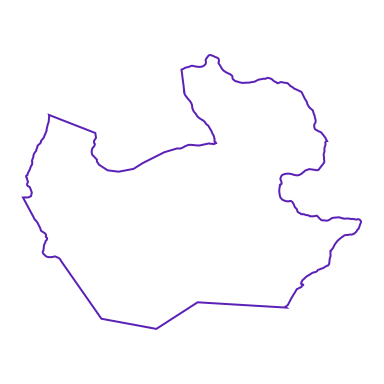 outline of Eau Piquant/St Urbain, Vieux Fort, Saint Lucia
{"feature_id": "8701671B56799057925384", "entity_name": "Eau Piquant/St Urbain", "entity_type": "district", "adm_level": 2, "iso_a3": "LCA", "parent_name": "Saint Lucia", "parent_adm1": "Vieux Fort", "projection": "orthographic", "projection_center": [-60.939, 13.762], "detail": "fine", "context": "isolated", "style": "outline", "palette": "violet", "viewbox_px": 384, "rotation_deg": 0, "n_neighbors": 0, "source": "geoboundaries", "source_scale": "gbopen_adm2", "svg_char_len": 5906}
<svg xmlns="http://www.w3.org/2000/svg" viewBox="0 0 384 384"><path d="M23.0,197.5L34.0,218.0L34.7,219.6L35.6,220.2L37.4,222.5L40.2,228.1L41.0,230.7L41.4,231.0L43.8,232.6L44.6,233.0L45.5,234.0L46.0,234.8L46.1,235.4L45.8,236.7L46.0,237.1L46.8,237.7L47.1,238.2L47.1,238.8L46.9,239.6L46.7,239.9L45.7,241.0L45.5,241.3L45.2,242.8L44.4,244.1L43.9,246.0L43.5,250.1L43.3,250.7L42.8,251.5L42.7,252.0L42.9,252.9L43.3,253.7L45.9,256.2L47.0,256.8L49.3,257.2L50.2,257.2L53.2,256.9L54.5,256.4L55.1,256.5L55.8,256.7L58.3,257.8L59.0,258.2L59.9,259.0L60.4,259.6L60.8,260.6L101.4,318.7L101.6,318.8L156.3,328.9L197.6,302.3L286.3,307.6L285.4,306.9L285.4,306.7L285.9,306.5L287.2,305.5L288.0,304.7L291.2,298.5L293.7,294.3L294.9,292.5L296.7,289.3L297.1,289.0L297.6,288.9L298.0,288.7L298.9,288.1L299.8,287.6L300.2,287.6L301.3,287.1L301.8,286.1L302.3,285.6L302.8,285.4L303.2,285.0L303.2,284.7L302.9,284.5L302.5,284.4L302.1,284.7L301.9,284.4L301.2,283.9L301.4,283.6L301.2,283.1L301.3,282.4L301.8,281.7L302.3,280.5L302.7,280.0L304.1,278.8L306.5,276.5L310.4,274.2L312.1,273.0L313.1,272.6L315.6,272.0L316.5,271.5L317.2,271.0L317.8,270.1L318.5,269.7L319.7,269.4L320.3,269.0L323.1,268.1L325.2,266.8L327.0,265.8L328.2,265.4L329.2,263.7L329.8,258.3L330.3,256.9L330.6,255.9L330.5,254.0L330.4,253.8L330.6,251.7L330.3,251.2L330.4,250.8L331.2,250.3L332.4,248.8L333.0,248.0L334.2,245.6L335.0,244.1L336.9,241.6L337.4,240.9L340.6,238.1L343.2,236.3L344.0,235.6L345.2,235.1L347.4,235.0L349.5,234.6L351.2,234.6L352.7,234.3L353.7,234.0L356.3,231.7L357.0,230.7L357.5,229.6L358.5,228.9L359.6,226.1L359.9,224.8L360.7,223.2L361.0,221.4L360.5,220.6L360.2,220.1L358.7,219.2L357.6,219.2L357.0,219.5L355.7,219.5L354.2,219.1L353.2,219.1L352.7,218.9L350.1,219.0L349.1,218.5L345.9,218.5L344.9,218.7L344.1,218.7L343.2,218.5L342.8,218.2L342.4,218.2L341.9,218.2L340.3,217.6L338.9,217.3L333.9,217.7L332.3,218.0L331.3,218.5L329.6,219.7L328.3,220.3L326.9,220.7L325.9,220.5L324.9,220.5L323.8,220.3L322.7,220.4L321.6,220.2L321.1,219.9L319.3,218.2L317.8,216.5L316.8,215.7L313.2,216.3L311.3,216.3L310.3,216.1L310.1,216.3L308.7,215.5L307.9,215.2L306.1,215.1L304.9,214.6L303.9,214.3L302.8,214.1L302.0,214.3L301.1,214.1L300.4,213.4L298.7,212.6L297.6,211.8L296.8,209.1L295.8,208.2L294.9,207.1L294.4,206.1L293.8,204.4L292.4,202.0L291.1,201.1L290.8,200.9L289.8,201.0L288.4,201.4L287.8,201.4L287.5,201.3L286.3,201.2L285.5,200.9L284.6,200.7L282.5,199.8L281.4,198.7L281.2,198.3L280.6,197.7L280.2,197.0L279.6,194.4L279.2,190.6L279.6,187.3L279.9,186.0L280.2,185.5L279.9,185.0L280.4,184.4L281.3,184.1L281.6,183.7L281.6,183.2L281.2,180.9L280.4,179.5L280.4,178.8L280.8,177.3L281.6,175.6L282.3,175.0L283.7,174.4L284.9,174.0L286.7,173.7L289.6,173.7L292.4,174.3L294.3,175.0L297.6,175.4L299.4,174.9L301.6,173.7L305.1,170.7L305.7,170.3L306.3,170.1L307.1,169.9L309.2,169.1L314.4,169.8L316.4,170.2L317.5,170.2L318.0,170.0L318.9,169.5L319.4,168.6L320.2,167.7L321.3,166.2L322.0,165.3L322.8,164.5L323.5,163.3L323.7,163.2L324.1,162.4L324.3,161.5L324.3,161.2L324.0,158.4L324.1,157.4L323.9,156.8L323.7,155.3L323.7,154.2L324.5,151.3L324.4,148.2L324.6,147.3L325.1,146.2L325.4,144.9L325.5,143.7L325.3,142.7L325.3,142.3L325.5,142.0L326.4,141.0L327.0,141.0L325.0,137.2L321.5,132.8L320.4,132.0L318.9,131.4L315.4,129.5L314.9,129.0L314.5,127.9L314.1,125.9L314.4,124.2L315.1,123.2L315.5,122.3L315.7,121.0L315.6,119.9L314.8,117.3L314.7,115.7L314.0,114.5L312.8,110.4L309.3,107.4L307.4,104.2L306.8,101.8L305.6,100.0L304.3,97.7L302.3,93.5L301.4,91.9L300.8,91.6L294.4,88.6L294.1,88.6L293.5,87.9L290.9,86.2L290.2,85.9L289.5,85.0L287.6,83.2L282.0,82.3L281.1,82.0L277.5,83.3L276.3,82.3L274.4,81.4L273.4,80.7L271.6,79.0L269.4,78.2L268.1,77.9L267.5,77.9L267.0,78.0L265.5,78.8L263.2,78.7L262.5,79.0L258.7,79.6L256.2,80.8L254.9,81.6L248.4,82.7L246.2,82.7L245.4,82.8L243.9,82.8L243.0,82.9L241.3,82.8L240.9,82.6L239.8,82.4L238.2,81.8L237.5,81.8L236.2,81.2L235.8,81.2L235.3,81.1L233.9,80.0L232.8,79.0L232.5,78.1L232.3,76.1L232.1,75.8L230.6,74.5L226.4,72.5L224.1,71.0L223.7,70.7L222.5,69.5L221.4,67.9L220.1,65.5L218.6,63.3L218.5,62.9L218.5,62.5L218.6,62.0L218.8,61.8L219.0,61.3L219.0,60.9L218.7,59.2L218.3,58.5L217.9,58.1L216.4,57.4L214.6,56.7L213.2,56.0L211.5,55.3L210.5,55.1L209.2,55.2L208.6,55.5L205.9,59.2L205.6,60.1L206.0,62.4L205.7,63.8L205.1,64.6L204.1,65.5L203.7,65.8L202.7,66.3L202.1,66.6L201.6,66.7L199.3,66.9L196.1,66.6L193.1,65.9L192.1,65.8L191.5,65.8L188.2,67.1L186.0,67.5L184.7,68.0L183.6,68.8L181.5,69.6L184.5,93.2L184.3,93.0L184.4,93.6L185.3,95.3L187.0,97.6L188.5,99.5L189.2,100.1L190.7,102.2L191.3,103.2L191.9,104.8L192.1,105.8L192.3,107.8L192.5,108.6L193.4,110.8L193.8,111.5L195.9,114.0L197.2,116.2L198.2,117.2L200.3,118.8L203.2,120.5L203.9,121.1L204.4,121.5L205.1,122.4L206.2,124.2L207.5,125.0L207.9,125.3L208.4,126.0L211.2,130.6L212.6,133.9L213.3,134.9L214.0,136.6L214.2,137.9L214.6,138.7L214.4,139.5L214.6,140.4L214.5,141.6L214.7,141.8L215.6,142.2L216.1,143.1L213.6,144.2L212.8,143.8L210.5,143.8L209.1,143.4L206.8,143.9L199.4,145.5L196.5,145.4L191.9,144.9L188.5,144.9L185.3,146.1L183.7,147.1L181.2,148.3L179.1,148.6L177.2,148.4L164.4,152.2L142.7,163.1L133.5,168.9L118.6,171.7L107.6,170.3L98.7,164.5L98.5,163.7L96.9,161.6L96.9,159.6L92.2,154.7L91.6,151.9L92.3,148.3L94.2,146.3L94.9,144.1L93.9,142.5L94.2,140.7L96.0,137.8L95.3,133.0L48.9,114.9L49.2,116.3L48.6,122.4L47.9,123.9L46.6,129.4L46.6,130.7L44.4,135.9L43.8,137.6L40.9,141.1L40.9,142.4L39.5,144.1L38.6,144.6L37.3,146.3L37.3,147.6L36.4,149.2L36.3,150.6L34.4,153.1L33.4,155.5L33.3,157.4L32.3,159.6L31.9,161.1L32.2,161.8L32.3,162.3L32.0,164.6L30.9,166.3L29.9,169.3L28.6,171.9L28.1,172.7L27.8,173.4L27.6,174.6L27.4,175.0L27.1,175.4L26.7,175.4L26.3,175.7L26.2,177.0L26.3,177.4L26.9,178.0L27.2,179.7L28.0,181.8L27.2,183.7L27.1,184.2L27.1,184.8L27.4,185.6L27.9,186.1L29.4,186.8L29.8,187.2L31.0,190.2L31.6,192.0L31.8,192.8L31.1,195.7L31.0,196.1L29.7,196.8L28.4,197.4L27.6,197.5L25.2,197.4L23.0,197.5Z" fill="none" stroke="#5b21b6" stroke-width="2"/></svg>